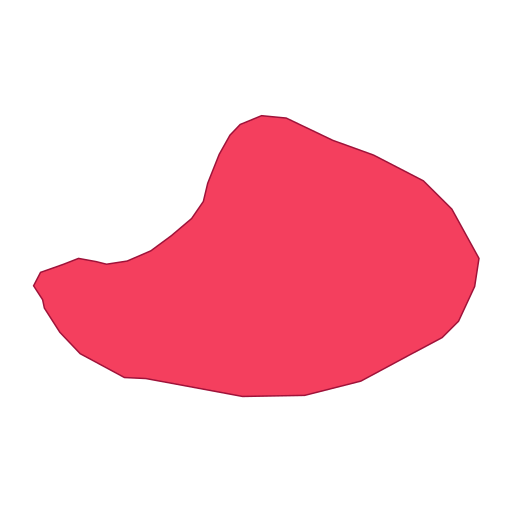 the district of Elato, Federated States of Micronesia, rotated 89°
{"feature_id": "79324940B60926087118566", "entity_name": "Elato", "entity_type": "district", "adm_level": 2, "iso_a3": "FSM", "parent_name": "Federated States of Micronesia", "parent_adm1": "", "projection": "robinson", "projection_center": [146.172, 7.511], "detail": "fine", "context": "isolated", "style": "filled", "palette": "rose", "viewbox_px": 512, "rotation_deg": 89, "n_neighbors": 0, "source": "geoboundaries", "source_scale": "gbopen_adm2", "svg_char_len": 596}
<svg xmlns="http://www.w3.org/2000/svg" viewBox="0 0 512 512"><g transform="rotate(89 256 256)"><path d="M115.8,248.0L124.2,269.5L134.7,279.9L153.7,291.0L182.4,303.0L200.6,307.7L217.4,319.7L234.3,340.4L249.0,361.1L258.8,384.9L261.6,405.6L258.8,416.0L255.3,433.5L260.9,448.6L268.6,471.7L281.9,478.9L296.0,470.1L304.4,468.5L328.9,453.4L350.6,433.5L375.2,389.7L376.6,368.2L396.2,271.9L396.2,209.8L382.9,153.3L358.3,105.6L340.8,71.3L324.7,54.6L290.3,37.9L262.3,33.1L212.5,59.4L183.8,87.3L157.2,136.6L141.7,177.2L118.6,223.4L115.8,248.0Z" fill="#f43f5e" stroke="#9f1239" stroke-width="1.5"/></g></svg>